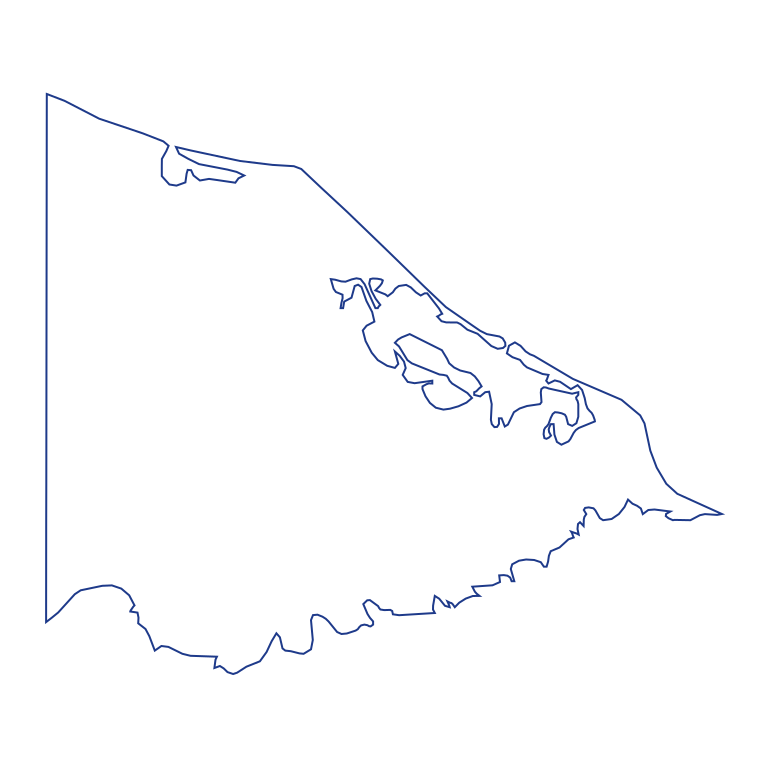 the border of Gracias a Dios
{"feature_id": "HND-640", "entity_name": "Gracias a Dios", "entity_type": "Department", "adm_level": 1, "iso_a3": "HND", "parent_name": "Honduras", "parent_adm1": "", "projection": "natural_earth1", "projection_center": [-83.951, 15.304], "detail": "fine", "context": "isolated", "style": "outline", "palette": "blue", "viewbox_px": 768, "rotation_deg": 0, "n_neighbors": 0, "source": "natural_earth", "source_scale": "10m", "svg_char_len": 5262}
<svg xmlns="http://www.w3.org/2000/svg" viewBox="0 0 768 768"><path d="M51.7,617.8L46.1,622.1L46.1,621.8L46.2,520.8L46.3,483.6L46.8,94.0L64.5,100.8L99.2,118.7L142.9,133.4L163.4,141.4L168.6,145.8L166.3,151.1L161.9,158.9L161.8,165.5L161.8,176.1L169.4,184.5L176.5,185.6L185.4,182.4L186.6,173.7L187.7,169.9L191.1,170.2L193.5,175.5L199.9,180.5L209.0,178.9L217.6,180.1L235.3,182.7L238.5,178.3L244.2,175.5L236.6,171.9L227.5,169.6L199.0,164.1L188.2,158.8L179.1,153.7L176.0,147.0L190.5,150.4L240.1,161.0L272.5,164.9L293.9,166.2L301.3,169.0L320.9,187.5L347.3,212.0L386.6,249.9L424.6,286.9L445.9,307.1L473.6,326.3L480.2,330.8L486.8,334.1L499.5,336.5L502.7,338.4L505.2,342.6L505.4,345.9L503.0,348.0L497.7,348.8L491.3,346.0L477.6,333.8L467.4,329.7L460.6,324.2L457.2,322.5L446.2,322.4L441.5,321.2L437.2,316.5L438.9,315.7L440.5,314.5L442.2,313.8L439.0,308.5L427.2,293.3L424.7,293.3L420.7,295.5L415.9,292.3L410.8,287.4L406.2,284.9L398.8,286.0L395.4,288.6L392.8,292.3L387.7,296.2L385.4,294.4L375.4,290.4L380.0,285.8L381.9,283.2L382.8,280.4L381.1,279.4L377.2,278.7L372.9,278.5L370.2,279.1L369.2,283.7L371.5,291.0L375.7,298.8L380.3,304.9L379.4,305.8L379.0,306.1L378.6,306.6L377.8,308.1L375.4,308.1L364.6,284.2L360.6,279.1L356.5,278.3L351.7,279.4L345.5,281.7L341.3,281.4L335.1,279.7L330.8,279.1L333.6,288.8L335.9,292.0L342.5,294.7L342.6,298.2L341.4,303.0L340.6,308.1L343.1,308.1L344.2,301.6L351.5,297.7L354.7,286.0L358.1,284.7L361.5,287.0L366.4,300.9L372.2,312.1L374.4,321.6L366.6,325.7L362.8,330.4L365.6,341.1L371.7,352.7L377.8,360.1L387.2,365.8L394.9,367.9L398.3,363.9L394.9,351.5L399.7,355.8L404.0,361.6L405.7,368.1L402.7,374.9L407.7,381.9L414.6,383.2L432.3,380.7L432.3,383.5L428.8,383.4L426.5,384.2L422.5,386.4L422.5,389.1L425.5,396.3L429.9,402.9L435.8,407.7L443.4,409.6L450.0,408.7L458.4,406.3L466.5,402.6L472.0,398.0L467.4,393.0L452.1,383.5L449.5,380.6L448.2,377.8L446.8,375.7L443.4,374.9L439.5,374.5L411.9,363.4L407.4,360.1L399.0,346.4L394.9,342.8L398.1,339.5L401.6,337.4L409.7,334.1L441.9,350.2L447.1,358.8L449.2,363.3L454.1,367.5L460.2,370.5L470.5,373.0L474.8,376.4L478.5,381.2L481.6,386.4L479.2,388.3L476.3,391.3L474.2,392.2L474.2,394.9L480.2,396.4L485.2,392.2L489.1,391.7L491.7,404.1L490.9,419.8L491.8,424.1L494.4,427.1L497.1,426.9L499.0,423.9L498.9,418.3L501.6,418.3L504.8,426.5L507.9,424.6L513.9,412.2L519.6,408.5L527.0,406.0L540.0,404.1L541.5,402.1L540.8,392.5L541.3,389.1L543.7,387.3L546.0,387.5L548.7,388.5L572.1,393.7L578.3,392.2L578.3,394.9L576.1,397.4L576.4,399.1L577.6,401.0L578.3,404.1L578.3,416.8L576.4,423.2L572.2,425.9L568.1,424.1L566.2,416.8L564.9,414.7L561.7,413.3L558.0,412.5L554.9,412.2L552.7,414.0L550.8,417.8L548.5,424.1L546.8,426.3L545.3,427.6L544.1,429.7L543.6,434.2L544.4,438.1L546.5,438.8L548.9,437.6L551.0,435.6L549.1,432.1L548.7,429.3L549.5,426.8L550.9,424.1L553.6,424.1L554.4,434.5L556.9,441.9L561.4,444.7L568.5,441.4L570.4,439.0L573.7,432.8L575.8,430.1L578.7,428.0L594.9,421.4L594.7,419.9L593.1,415.4L591.6,412.8L589.5,410.8L587.5,408.4L585.9,404.1L584.7,398.1L582.1,390.0L577.6,385.2L570.9,389.1L560.1,381.8L554.8,380.4L548.5,383.5L546.2,380.7L547.0,379.1L548.5,374.9L542.6,374.0L527.0,367.4L523.8,364.7L520.0,359.9L512.5,357.2L506.9,353.4L509.0,345.7L514.9,342.4L520.6,345.9L525.6,351.4L530.0,354.3L533.9,355.8L572.9,378.9L621.5,399.8L640.2,415.4L644.5,423.4L650.3,450.6L656.7,467.6L666.3,483.8L677.3,493.8L721.9,514.0L717.1,514.9L704.9,514.1L699.9,515.2L690.4,520.2L674.4,519.9L672.9,520.2L668.5,518.2L665.8,516.1L666.1,513.9L670.4,511.5L654.5,509.5L648.3,510.0L642.8,514.1L640.9,508.5L637.1,505.8L632.5,503.7L628.0,499.6L624.5,507.0L618.9,514.0L611.6,519.0L603.1,520.2L599.8,518.1L595.4,510.4L593.5,508.3L588.7,507.4L585.1,507.9L583.8,510.0L586.3,514.1L584.4,516.9L583.8,519.5L583.6,526.0L580.0,522.2L578.0,524.0L577.5,529.0L578.7,534.6L576.6,533.5L571.2,531.7L572.0,533.0L573.0,536.0L573.7,537.5L568.5,539.3L559.5,547.5L550.7,551.2L548.9,555.8L548.1,561.5L546.6,566.7L543.9,566.7L540.8,562.2L534.2,560.0L526.1,559.5L519.0,560.7L512.2,564.3L510.8,569.0L514.3,581.2L511.6,581.2L510.2,577.6L507.5,575.7L503.8,575.1L499.2,575.4L500.0,582.0L492.5,585.3L472.3,586.7L474.9,591.7L476.7,593.7L479.5,595.9L472.8,596.0L465.7,598.6L459.2,602.7L454.8,607.2L452.7,604.2L451.5,603.1L450.0,602.7L447.4,601.4L449.2,605.4L449.7,607.2L445.0,605.8L439.2,598.7L434.8,595.9L433.1,605.6L433.0,609.5L434.8,613.0L399.1,615.2L392.9,614.3L392.2,611.0L390.3,609.9L384.2,610.1L380.4,609.5L379.1,608.0L378.1,606.1L369.9,600.1L367.2,600.3L363.3,604.1L367.5,614.0L370.0,617.9L373.1,621.4L373.1,624.6L370.6,626.4L369.1,626.2L367.4,625.2L364.4,624.6L361.1,625.4L359.2,627.2L357.8,629.2L355.6,630.6L346.8,633.5L341.5,634.0L337.1,632.0L328.6,621.5L325.8,618.8L322.5,616.7L317.5,614.7L313.0,615.1L311.0,620.1L312.8,640.0L311.0,649.3L303.6,653.8L299.5,653.4L290.8,651.2L285.3,650.6L282.5,648.4L279.9,637.3L276.4,633.3L271.6,641.3L266.6,652.0L259.9,661.3L246.4,666.7L237.1,672.7L233.1,674.0L227.5,672.1L223.7,668.4L219.9,666.0L214.4,668.0L215.5,659.7L216.9,656.7L190.5,655.8L182.4,653.8L168.4,646.9L161.4,646.0L154.8,650.6L149.3,636.1L145.5,629.0L138.2,623.3L138.5,617.7L137.5,612.6L130.3,611.5L130.5,610.7L133.4,606.5L134.5,605.4L129.2,595.3L121.3,588.6L111.9,585.4L102.3,585.8L80.7,590.3L74.8,594.2L58.2,612.5L51.7,617.8Z" fill="none" stroke="#1e3a8a" stroke-width="2"/></svg>